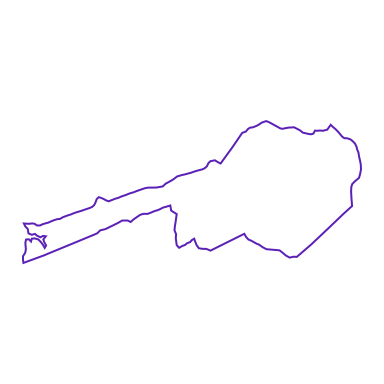 the district of São Vicente Ferrer, Maranhão, Brazil
{"feature_id": "56859067B59891641299811", "entity_name": "São Vicente Ferrer", "entity_type": "district", "adm_level": 2, "iso_a3": "BRA", "parent_name": "Brazil", "parent_adm1": "Maranhão", "projection": "natural_earth1", "projection_center": [-45.015, -2.873], "detail": "fine", "context": "isolated", "style": "outline", "palette": "violet", "viewbox_px": 384, "rotation_deg": 0, "n_neighbors": 0, "source": "geoboundaries", "source_scale": "gbopen_adm2", "svg_char_len": 2683}
<svg xmlns="http://www.w3.org/2000/svg" viewBox="0 0 384 384"><path d="M330.7,124.8L327.3,129.6L322.9,130.8L320.0,130.5L317.5,130.8L315.0,130.6L313.4,133.6L311.0,134.3L308.7,134.0L302.8,132.6L299.8,130.2L297.2,128.9L294.1,127.3L288.6,127.6L285.3,128.2L282.7,128.8L280.3,128.4L277.1,126.6L274.0,124.9L268.7,122.0L266.1,121.1L261.6,122.7L259.2,124.4L256.5,125.9L252.6,127.4L250.1,127.6L248.0,129.0L245.9,131.5L242.2,132.9L232.8,146.7L220.6,163.5L218.3,162.4L214.9,160.3L210.4,161.2L208.5,163.0L206.9,166.3L204.6,168.3L202.2,169.4L199.0,170.2L194.8,171.4L190.8,172.8L187.1,173.8L184.9,174.4L182.1,175.0L177.2,176.4L175.0,178.1L172.7,179.8L170.0,181.3L165.5,183.8L162.8,186.4L159.6,187.0L156.6,187.5L153.0,187.6L149.9,187.6L147.5,187.7L145.0,188.2L141.1,189.5L136.6,191.1L133.3,192.4L130.6,193.1L128.2,194.0L125.3,195.2L121.8,196.3L118.2,197.9L115.3,198.7L111.7,200.1L108.7,201.3L106.4,200.5L103.4,198.9L100.9,197.8L98.7,197.2L96.7,199.1L95.6,202.2L94.2,205.1L92.1,206.9L89.7,208.0L87.2,208.8L81.4,210.8L76.5,212.3L73.8,213.2L71.0,214.4L68.1,215.3L65.6,216.2L62.7,217.3L59.8,219.0L57.5,219.1L54.0,220.2L50.5,221.6L48.4,222.6L45.3,223.4L42.4,224.3L40.0,225.5L36.8,225.4L34.6,223.8L32.1,223.4L29.3,223.8L23.9,223.5L25.3,226.4L27.7,228.9L28.5,233.4L31.8,234.8L35.0,233.9L36.9,235.6L40.4,237.3L43.1,235.9L45.8,236.3L43.3,239.5L44.4,242.5L46.1,245.4L44.7,247.9L43.1,245.0L41.1,242.3L38.3,239.4L34.7,238.4L31.8,238.7L31.0,241.5L28.9,239.3L26.1,239.5L25.4,242.4L25.5,245.1L25.9,249.1L25.2,252.8L23.0,256.2L23.0,259.7L23.4,262.9L44.2,255.3L51.1,252.4L71.8,243.9L94.5,234.5L97.2,233.3L100.3,230.3L103.1,229.7L105.4,229.1L110.9,226.4L113.0,225.4L118.4,222.7L122.2,220.5L127.7,220.5L130.6,222.0L133.7,219.3L137.0,217.0L140.2,214.8L143.5,213.8L147.5,213.9L150.5,212.8L154.7,211.0L158.0,210.1L160.5,208.9L163.0,207.6L165.3,207.0L170.3,205.5L171.2,210.6L176.7,214.1L175.6,221.9L174.9,226.2L174.5,230.3L176.1,234.3L175.8,238.3L176.2,241.5L176.7,245.1L179.1,247.8L182.4,245.9L185.0,245.0L187.1,243.2L190.1,242.1L191.8,240.1L194.2,238.7L195.2,241.6L196.6,245.1L198.8,248.2L202.0,248.8L206.3,248.9L210.5,250.6L244.3,233.8L246.1,237.0L248.4,239.5L251.5,240.8L254.0,242.2L256.4,243.6L259.0,244.6L262.5,247.1L266.4,249.2L273.4,249.8L277.1,250.1L279.6,250.4L282.2,252.4L285.9,255.5L289.6,257.6L293.7,256.7L296.8,256.9L311.2,244.5L329.2,227.5L343.2,214.1L352.1,206.0L351.5,199.0L351.1,191.6L351.3,187.0L352.2,184.1L354.9,181.3L359.0,177.9L360.2,173.6L361.0,169.3L360.8,164.8L360.1,160.9L359.1,156.7L358.4,152.4L357.1,149.4L356.6,146.9L354.9,143.4L352.2,140.7L350.3,139.3L347.3,138.3L344.4,138.2L342.2,136.7L338.5,132.2L335.4,129.0L333.4,127.4L330.7,124.8Z" fill="none" stroke="#5b21b6" stroke-width="2"/></svg>